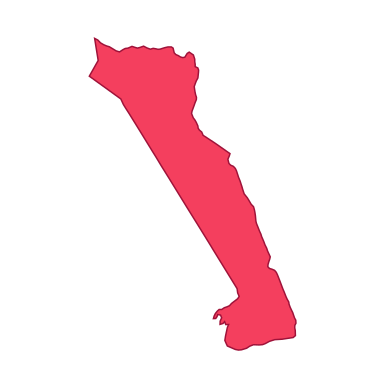 the district of São Bento, Maranhão, Brazil, rotated 265°
{"feature_id": "56859067B97105497682908", "entity_name": "São Bento", "entity_type": "district", "adm_level": 2, "iso_a3": "BRA", "parent_name": "Brazil", "parent_adm1": "Maranhão", "projection": "orthographic", "projection_center": [-45.016, -2.785], "detail": "fine", "context": "isolated", "style": "filled", "palette": "rose", "viewbox_px": 384, "rotation_deg": 265, "n_neighbors": 0, "source": "geoboundaries", "source_scale": "gbopen_adm2", "svg_char_len": 2411}
<svg xmlns="http://www.w3.org/2000/svg" viewBox="0 0 384 384"><g transform="rotate(265 192 192)"><path d="M353.5,108.4L331.2,110.0L316.3,99.8L290.9,129.2L285.1,131.3L281.7,133.0L276.0,136.0L267.5,140.3L257.2,145.5L236.0,156.1L230.7,158.8L220.7,163.7L209.1,169.6L176.6,185.9L156.3,196.2L136.2,206.3L133.5,207.6L91.8,228.5L87.5,228.7L83.9,229.9L81.7,228.2L77.5,221.6L75.5,219.5L74.6,217.0L73.9,214.1L72.4,211.4L72.6,208.8L71.2,206.9L68.9,204.7L66.4,203.2L64.0,202.3L63.9,204.6L65.7,206.1L67.7,206.9L66.9,209.7L64.1,210.6L60.9,208.8L57.7,208.4L58.3,211.4L60.0,213.2L57.0,214.1L56.8,216.9L53.9,215.4L45.4,212.8L41.3,211.8L37.7,213.0L35.5,213.8L31.4,221.4L30.5,224.5L30.5,227.6L31.6,232.8L33.3,235.9L34.5,239.9L33.8,245.6L33.8,249.0L34.6,251.8L36.5,256.2L37.7,261.6L37.5,269.0L38.2,280.1L39.9,282.5L45.1,282.8L47.7,282.5L50.1,282.8L52.2,284.1L55.3,284.2L57.5,283.2L60.3,282.5L63.2,281.8L65.2,281.0L68.5,279.8L71.8,278.9L74.0,278.8L76.8,277.5L79.6,276.5L82.0,275.8L84.7,275.0L87.4,274.1L89.9,273.4L94.6,272.1L100.1,270.5L102.4,269.8L104.7,268.9L106.8,267.4L108.1,265.0L109.1,262.5L111.0,261.0L113.1,261.4L115.5,262.3L118.4,263.6L120.6,264.3L123.4,263.3L126.8,262.1L129.5,261.5L133.0,260.1L136.3,259.2L139.1,258.3L141.4,257.5L143.9,257.0L147.0,255.9L151.4,254.6L155.0,253.5L157.4,253.1L159.7,253.1L162.7,253.1L166.1,252.9L168.9,252.6L172.0,252.0L174.6,249.9L178.8,247.9L181.4,246.6L183.5,245.2L185.6,243.8L190.3,242.7L193.0,242.2L195.0,241.7L198.6,240.9L202.4,239.7L206.4,238.8L209.4,238.1L211.7,237.2L213.9,235.5L215.4,232.8L217.2,231.3L221.5,230.6L224.7,232.3L226.9,233.2L238.5,219.4L247.5,208.0L250.9,206.9L253.0,204.8L255.0,203.7L257.3,203.6L261.0,202.3L263.6,201.1L265.8,199.7L270.2,198.4L272.6,199.1L277.7,201.5L280.6,202.8L283.7,204.4L285.9,204.7L288.4,204.1L291.6,203.7L296.8,203.4L299.7,204.7L302.2,205.9L305.1,207.8L310.7,208.9L312.9,209.2L315.1,208.6L316.6,206.1L319.0,206.3L321.4,206.1L324.1,206.3L328.4,205.3L331.6,201.4L330.5,199.3L326.9,196.6L326.7,194.5L327.5,192.3L329.1,190.2L330.3,187.9L332.2,186.4L337.0,185.7L338.3,184.1L338.6,180.7L338.2,177.7L337.7,175.3L337.1,172.7L337.1,170.5L337.8,168.5L338.5,165.8L337.9,163.0L339.5,159.6L341.5,156.5L340.5,152.5L340.1,150.2L341.1,147.7L342.3,144.9L340.9,140.8L340.8,138.0L339.9,135.8L337.9,132.0L339.2,128.7L341.8,125.2L343.9,122.3L344.9,119.7L346.4,116.9L348.6,113.8L351.6,111.4L353.5,108.4Z" fill="#f43f5e" stroke="#9f1239" stroke-width="1.5"/></g></svg>